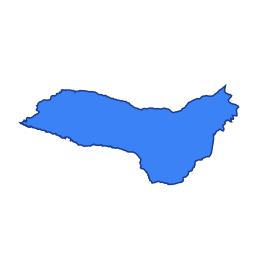 Butha-Buthe (Leribe District), Leribe, Lesotho, rotated 276°
{"feature_id": "5366337B16917796092700", "entity_name": "Butha-Buthe (Leribe District)", "entity_type": "district", "adm_level": 2, "iso_a3": "LSO", "parent_name": "Lesotho", "parent_adm1": "Leribe", "projection": "equal_earth", "projection_center": [28.227, -28.764], "detail": "fine", "context": "isolated", "style": "filled", "palette": "blue", "viewbox_px": 256, "rotation_deg": 276, "n_neighbors": 0, "source": "geoboundaries", "source_scale": "gbopen_adm2", "svg_char_len": 5864}
<svg xmlns="http://www.w3.org/2000/svg" viewBox="0 0 256 256"><g transform="rotate(276 128 128)"><path d="M180.2,220.5L176.7,217.1L175.2,215.1L172.1,212.8L171.4,211.6L169.7,210.1L168.9,209.0L168.6,208.4L168.3,207.2L168.1,204.2L168.4,203.3L168.4,202.5L167.7,200.8L167.4,198.9L166.8,198.1L166.0,197.4L165.2,197.0L164.7,196.3L164.4,195.0L164.5,194.2L164.3,193.2L163.3,191.9L162.8,190.4L161.0,188.1L159.7,185.7L159.0,185.2L156.8,184.0L155.9,183.3L154.4,182.7L152.9,180.0L151.0,179.1L150.7,178.5L149.9,176.5L149.2,175.1L149.1,174.1L148.2,172.1L148.1,171.0L148.3,170.3L150.5,167.2L151.0,166.1L151.1,164.0L151.5,162.9L151.3,161.3L150.5,159.4L150.2,158.1L150.3,156.1L150.4,155.0L150.0,153.6L149.9,152.4L149.9,151.6L150.3,150.8L150.4,149.6L150.2,149.4L150.0,148.9L150.1,148.3L150.1,147.2L148.9,144.7L149.1,143.7L149.1,142.3L148.8,141.0L148.3,140.2L147.7,139.8L147.4,139.3L147.9,136.9L148.5,135.5L148.6,133.5L149.7,130.8L150.6,129.6L151.4,127.4L152.1,127.2L152.8,126.6L153.2,124.5L154.1,123.3L154.0,121.4L154.4,119.3L154.4,117.4L154.6,116.7L154.7,113.9L155.1,113.1L155.2,112.0L155.0,111.1L155.3,110.7L155.9,110.2L155.6,109.1L155.8,107.6L156.7,105.9L156.9,103.9L157.5,103.4L158.0,102.5L158.0,102.0L157.7,101.0L157.6,100.0L158.2,99.0L158.3,98.4L158.3,96.6L158.2,95.9L158.5,94.8L159.5,93.2L160.0,92.1L160.3,90.7L160.3,88.1L160.0,85.3L160.4,82.6L160.3,77.4L160.1,75.8L159.3,74.4L159.0,72.0L158.2,71.6L158.8,71.3L159.6,69.8L159.2,67.9L159.6,67.4L159.6,64.5L159.1,62.7L159.4,62.0L158.8,61.4L159.0,60.4L159.1,58.4L158.7,57.8L158.2,57.8L157.6,58.3L156.9,57.7L156.5,56.5L155.8,56.8L154.6,53.4L153.5,53.4L152.4,52.3L152.3,50.1L152.1,49.1L151.2,48.3L148.0,47.7L147.1,44.1L147.2,42.1L146.9,40.7L145.7,39.8L144.3,36.9L142.4,35.8L141.1,35.6L140.6,34.9L139.7,35.8L138.0,35.7L136.7,34.9L135.8,35.7L135.6,37.0L135.0,37.7L134.2,37.9L133.1,37.2L131.4,34.3L129.5,32.5L128.0,30.6L127.7,29.9L127.9,28.8L127.8,26.7L126.4,26.0L125.0,26.1L124.3,26.6L123.6,26.0L123.4,25.4L124.0,24.9L124.6,24.8L124.9,23.9L124.0,23.6L122.2,22.1L121.9,20.5L121.9,20.2L121.0,21.2L121.1,22.2L121.2,22.5L120.8,22.8L120.7,23.0L121.0,23.3L120.1,24.1L119.9,24.7L120.3,26.0L120.2,26.6L119.7,26.3L119.3,26.4L119.1,26.8L119.1,27.4L119.3,27.7L119.2,28.3L118.9,28.5L118.8,28.3L118.6,28.4L118.4,28.9L118.7,30.4L118.6,30.8L118.9,30.9L119.5,30.6L119.7,31.0L119.4,32.1L119.1,32.2L118.9,32.7L118.5,32.8L118.4,33.3L118.6,33.7L118.0,36.6L118.1,37.5L118.0,37.8L117.7,37.8L117.3,38.2L117.3,39.1L117.6,39.8L117.6,40.5L117.7,41.1L117.6,41.4L116.9,41.8L116.7,43.7L116.9,45.2L116.6,45.4L116.4,45.8L116.5,46.7L116.1,46.6L115.9,46.4L115.6,46.5L115.4,47.0L115.6,47.9L115.5,48.4L115.8,49.5L115.6,50.4L115.7,51.2L115.0,51.9L114.8,52.8L114.4,53.1L114.3,53.4L114.5,53.6L114.2,54.7L114.8,55.6L114.8,57.1L114.4,57.3L114.0,57.0L113.7,57.2L113.4,59.4L113.2,59.9L112.9,60.1L112.8,60.7L112.7,61.2L112.9,61.5L112.5,61.5L112.3,61.9L112.1,62.8L111.6,62.6L111.1,64.1L111.4,65.9L111.1,66.2L110.9,66.9L111.1,67.0L111.4,66.7L112.0,66.6L111.9,66.8L112.0,67.2L112.6,67.6L112.9,68.7L112.8,69.1L111.9,70.0L111.8,70.4L112.0,71.4L111.6,71.9L111.2,72.2L110.2,72.3L109.8,71.9L109.4,71.9L109.2,72.2L109.7,73.2L110.1,73.1L110.2,73.3L109.8,74.2L109.0,74.4L108.8,74.8L108.5,75.5L108.7,76.3L108.3,76.6L108.4,77.4L108.3,78.0L107.6,78.2L107.1,79.3L106.6,79.6L105.8,80.6L106.2,82.0L106.2,83.8L105.5,85.0L105.4,85.9L105.2,86.7L105.9,88.3L105.8,89.5L106.1,90.3L106.3,91.9L106.2,92.8L107.3,93.6L107.7,95.4L108.4,95.9L107.6,97.2L107.6,98.2L107.7,100.5L108.1,101.9L107.9,102.5L108.6,103.3L107.9,104.3L107.3,104.4L107.6,105.2L107.9,105.7L107.9,106.9L107.7,107.8L107.9,108.6L107.7,109.8L107.3,110.6L107.3,111.1L107.9,111.3L108.0,112.3L107.7,113.7L107.1,113.5L106.7,114.4L106.9,116.5L106.5,117.4L107.1,119.4L107.0,120.4L106.5,122.1L106.6,123.4L106.4,123.6L106.4,124.1L105.7,125.5L105.3,127.6L104.7,129.6L104.4,129.7L104.3,131.2L104.6,135.3L104.4,136.3L103.7,138.2L101.1,141.3L99.7,142.5L98.7,143.8L97.1,144.1L95.5,143.7L95.0,143.3L94.7,143.8L93.4,144.0L91.6,145.0L91.1,144.9L90.3,144.4L89.9,144.8L89.1,145.2L89.0,145.7L89.0,146.3L89.1,146.8L89.0,147.3L88.2,148.9L87.1,149.8L86.8,150.4L85.9,150.8L85.3,151.9L83.7,152.9L83.3,152.8L83.2,153.2L82.2,153.5L81.4,154.0L80.9,153.8L80.3,154.0L80.1,154.4L78.1,155.2L78.0,156.0L77.6,156.5L77.1,157.1L75.9,157.5L75.8,158.0L76.3,158.9L76.3,159.5L76.8,161.1L77.4,161.7L77.6,162.7L78.3,163.8L78.2,164.5L77.9,164.9L77.4,165.9L77.3,166.5L77.6,167.5L77.6,168.9L77.2,169.5L76.9,170.5L77.4,171.0L77.4,171.3L77.1,171.8L77.1,173.5L76.2,173.6L76.1,174.9L76.2,175.4L76.6,176.4L76.5,177.1L76.6,177.7L76.9,178.4L77.0,179.5L79.2,184.9L79.6,186.5L80.2,187.5L80.7,188.0L81.3,188.4L81.9,188.4L84.0,187.9L84.4,188.1L85.0,188.9L85.1,189.5L85.1,190.2L87.0,192.0L88.1,192.7L89.2,192.6L89.9,192.9L90.1,193.1L90.6,193.0L91.1,193.2L91.3,193.4L91.7,195.0L92.4,196.1L92.8,196.3L93.6,196.2L93.9,196.5L94.8,196.4L95.3,197.3L96.2,198.0L96.7,198.0L97.4,197.5L97.7,197.7L97.7,198.1L97.9,198.3L99.0,198.4L100.1,198.2L101.6,198.4L102.3,198.8L102.3,199.4L102.5,199.8L103.1,200.2L103.6,201.3L103.9,204.4L104.3,205.0L105.2,204.9L107.6,208.8L108.0,211.8L108.9,212.4L111.9,213.5L125.3,214.3L130.8,213.7L130.4,214.8L132.2,215.7L133.8,216.2L134.5,217.0L134.9,218.0L135.6,218.6L136.4,219.0L136.3,219.8L135.1,222.2L135.1,223.1L136.0,223.5L136.9,223.5L138.0,223.2L139.1,222.4L140.0,222.0L140.6,222.2L141.6,223.6L142.6,224.3L143.9,223.7L144.7,223.9L145.3,224.6L145.3,225.1L145.7,225.7L146.3,225.8L146.3,226.7L145.9,227.6L145.2,228.5L144.9,229.7L145.0,230.4L148.0,229.2L148.4,229.2L147.7,230.2L147.7,231.7L148.3,231.9L149.4,231.6L151.3,230.6L151.2,231.4L151.5,232.2L151.4,234.8L152.0,235.1L157.3,233.9L159.0,234.5L160.3,235.8L161.3,235.3L161.8,233.7L162.5,232.7L162.8,230.0L163.3,228.0L164.5,225.7L166.1,224.8L168.4,226.1L169.3,227.0L170.9,227.7L172.0,226.2L171.7,224.6L172.5,223.5L172.7,222.0L174.0,220.6L176.1,220.1L180.2,220.5Z" fill="#3b82f6" stroke="#1e3a8a" stroke-width="1.5"/></g></svg>